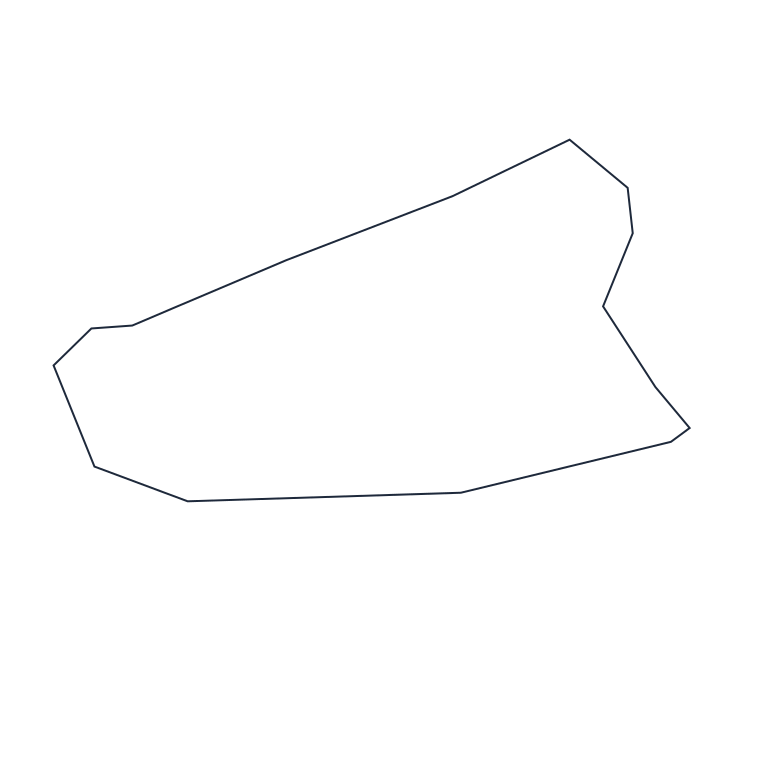 the district of Grande Riviere/Des Branch, Dennery, Saint Lucia, rotated 158°
{"feature_id": "8701671B98296158896120", "entity_name": "Grande Riviere/Des Branch", "entity_type": "district", "adm_level": 2, "iso_a3": "LCA", "parent_name": "Saint Lucia", "parent_adm1": "Dennery", "projection": "orthographic", "projection_center": [-60.935, 13.934], "detail": "fine", "context": "isolated", "style": "outline", "palette": "slate", "viewbox_px": 768, "rotation_deg": 158, "n_neighbors": 0, "source": "geoboundaries", "source_scale": "gbopen_adm2", "svg_char_len": 392}
<svg xmlns="http://www.w3.org/2000/svg" viewBox="0 0 768 768"><g transform="rotate(158 384 384)"><path d="M120.4,541.0L192.3,536.3L249.9,532.5L293.2,533.2L428.3,535.4L552.1,533.3L595.5,532.5L634.5,545.1L683.4,525.0L683.4,415.9L610.0,348.8L353.5,254.4L139.6,222.9L117.1,228.7L133.5,279.5L151.8,373.9L96.9,430.6L84.6,474.6L120.4,541.0Z" fill="none" stroke="#1e293b" stroke-width="2"/></g></svg>